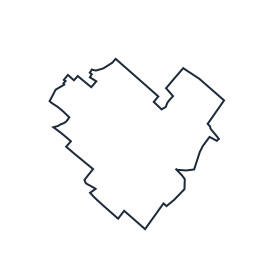 outline of Tahdziú, Yucatán, Mexico, rotated 214°
{"feature_id": "50627088B40660272766976", "entity_name": "Tahdziú", "entity_type": "district", "adm_level": 2, "iso_a3": "MEX", "parent_name": "Mexico", "parent_adm1": "Yucatán", "projection": "natural_earth1", "projection_center": [-88.888, 20.245], "detail": "fine", "context": "isolated", "style": "outline", "palette": "slate", "viewbox_px": 256, "rotation_deg": 214, "n_neighbors": 0, "source": "geoboundaries", "source_scale": "gbopen_adm2", "svg_char_len": 1544}
<svg xmlns="http://www.w3.org/2000/svg" viewBox="0 0 256 256"><g transform="rotate(214 128 128)"><path d="M205.4,106.1L202.1,106.1L198.2,106.2L191.9,105.6L182.6,104.0L182.8,98.9L183.7,96.6L184.7,95.0L185.1,94.3L185.8,93.6L186.2,92.7L186.7,91.5L187.2,90.5L190.3,86.9L180.8,86.5L172.2,85.6L167.9,85.0L168.8,77.9L157.2,76.6L134.0,74.4L135.1,60.6L132.0,58.6L130.0,58.7L127.2,59.0L124.8,59.2L124.0,59.3L122.5,59.4L120.8,59.4L123.2,53.1L119.7,52.3L118.4,51.9L114.9,51.3L112.6,50.9L110.9,50.7L109.1,50.4L104.1,49.7L85.5,47.3L85.0,55.3L84.9,57.2L79.4,56.5L57.3,53.7L56.4,85.3L52.4,84.8L49.6,94.1L47.0,108.9L52.3,117.3L56.7,118.9L65.7,120.8L63.7,120.9L55.9,125.4L50.0,130.6L55.1,148.4L55.9,155.0L55.4,166.2L47.3,167.0L46.6,169.8L52.7,171.7L57.0,172.9L59.4,173.7L60.9,175.2L64.3,176.0L64.1,183.1L64.1,183.8L64.0,192.9L63.9,196.6L63.9,197.5L63.8,204.6L83.8,207.1L88.5,207.7L91.6,208.1L96.5,208.7L102.3,208.6L103.1,208.6L105.2,208.6L108.8,208.5L111.5,208.5L115.7,208.5L117.5,193.3L118.3,185.6L118.7,182.3L108.5,179.6L109.3,174.4L109.5,171.1L108.5,166.5L110.0,163.4L110.5,162.2L116.2,163.2L121.2,164.0L120.9,167.2L120.5,171.1L130.3,172.4L136.3,173.2L140.2,173.7L176.9,178.4L177.5,173.4L179.5,168.8L181.8,163.6L186.7,157.7L188.2,157.1L190.7,156.2L190.6,154.1L190.6,152.5L188.1,152.3L187.9,148.7L180.4,149.0L181.0,143.6L181.3,141.3L187.9,141.9L189.0,142.0L198.7,143.0L199.5,137.3L207.5,138.4L208.1,132.0L206.0,132.0L206.5,128.9L205.1,128.3L207.8,122.7L208.5,121.3L209.4,119.2L208.0,106.4L205.4,106.1Z" fill="none" stroke="#1e293b" stroke-width="2"/></g></svg>